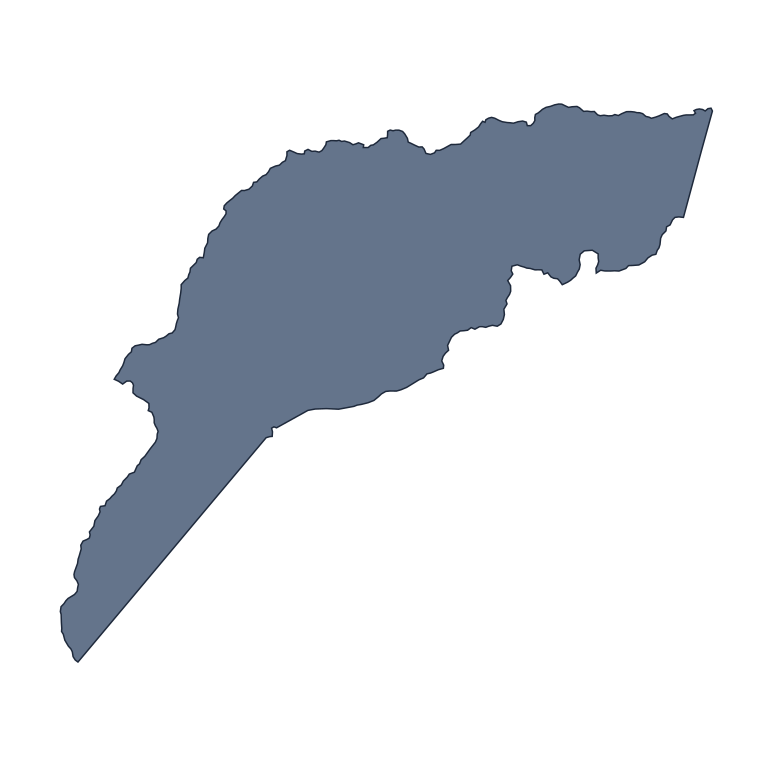 Alto Alegre do Pindaré, Maranhão, Brazil, rotated 6°
{"feature_id": "56859067B27762035382418", "entity_name": "Alto Alegre do Pindaré", "entity_type": "district", "adm_level": 2, "iso_a3": "BRA", "parent_name": "Brazil", "parent_adm1": "Maranhão", "projection": "orthographic", "projection_center": [-45.998, -3.962], "detail": "fine", "context": "isolated", "style": "filled", "palette": "slate", "viewbox_px": 768, "rotation_deg": 6, "n_neighbors": 0, "source": "geoboundaries", "source_scale": "gbopen_adm2", "svg_char_len": 5276}
<svg xmlns="http://www.w3.org/2000/svg" viewBox="0 0 768 768"><g transform="rotate(6 384 384)"><path d="M682.1,78.2L680.4,75.5L677.4,76.3L674.9,78.9L672.2,77.7L668.9,77.5L666.0,78.3L663.7,79.7L665.5,82.1L663.5,84.0L660.3,84.4L656.5,84.8L653.7,85.5L646.8,88.2L643.0,90.2L639.5,88.1L637.5,85.8L634.5,85.7L632.2,87.0L629.5,88.6L626.2,90.2L622.1,91.8L619.7,90.9L616.4,90.5L613.0,88.1L609.9,87.5L607.2,87.7L604.5,87.3L601.2,87.3L596.7,87.8L592.0,90.4L589.0,92.5L585.4,91.9L583.0,93.3L579.2,93.9L574.7,93.7L571.0,94.6L568.3,94.0L564.7,91.0L561.4,91.5L557.5,91.4L554.0,92.0L549.6,88.9L546.9,87.8L542.1,88.6L538.6,89.6L534.3,88.1L531.6,87.1L528.5,87.3L524.6,88.5L520.5,90.5L516.3,91.9L512.8,94.3L511.1,96.2L509.0,98.3L506.4,100.1L506.1,103.4L506.5,106.2L505.2,109.1L502.9,111.7L499.5,112.1L498.2,108.7L494.4,108.0L490.0,109.1L485.5,111.1L481.9,111.0L479.2,111.1L474.2,110.8L470.5,109.7L466.4,108.1L463.1,107.6L460.2,108.7L457.7,110.5L457.1,113.2L454.6,112.4L452.9,115.1L451.2,118.5L447.7,121.9L443.9,124.8L443.7,127.5L441.2,130.5L438.3,133.7L435.1,137.4L430.2,138.3L425.7,138.8L418.8,143.6L415.0,145.8L411.5,146.1L410.1,148.8L406.2,150.8L401.6,150.3L399.3,146.1L397.2,144.2L393.8,144.7L389.4,143.2L385.6,141.8L382.8,140.9L381.6,137.2L378.4,133.0L376.1,130.9L372.4,130.0L369.1,130.3L366.5,131.2L363.6,130.8L361.2,132.3L361.5,135.6L361.5,138.7L358.3,139.6L355.4,140.2L351.8,144.3L348.4,147.3L345.9,148.0L343.5,150.5L338.7,151.0L338.8,148.2L333.4,146.8L330.8,148.2L328.1,149.3L324.6,147.5L319.3,146.5L316.5,147.2L313.8,146.3L311.4,147.1L308.6,147.2L305.7,147.5L301.4,149.2L301.2,152.1L299.3,155.9L297.8,158.4L295.2,160.2L291.2,159.6L287.9,160.2L283.9,158.6L280.8,160.6L280.7,163.4L277.9,164.0L273.5,163.9L270.9,163.0L265.7,161.4L263.2,163.2L263.6,166.9L262.6,172.2L259.8,174.1L257.1,177.3L253.3,178.6L248.4,181.4L247.0,184.9L244.9,188.1L241.6,189.9L238.6,193.1L236.4,196.3L233.2,197.1L232.4,200.8L229.3,204.4L225.0,206.2L222.1,206.4L219.4,209.1L216.4,212.1L214.1,215.1L211.5,217.6L208.8,220.3L206.5,223.4L206.3,226.7L208.8,228.3L209.1,231.2L207.7,234.1L205.7,237.4L204.1,240.7L203.3,244.1L200.8,247.5L197.0,249.8L194.0,253.5L193.6,257.6L193.8,262.0L192.8,264.6L191.6,267.7L191.5,272.0L191.1,277.3L187.4,277.3L185.2,279.5L184.6,282.8L182.4,285.5L179.4,289.1L179.3,293.0L178.4,295.6L177.9,299.1L175.1,301.9L171.9,306.4L172.3,309.9L172.3,314.4L171.9,321.3L171.9,324.9L171.2,331.1L171.3,336.0L172.7,339.6L171.9,342.2L171.2,345.6L170.9,348.8L170.5,351.8L168.0,355.4L164.9,356.5L162.4,359.1L160.0,361.0L155.3,363.0L152.4,366.5L149.3,367.8L146.7,369.4L144.2,369.8L139.2,369.8L135.5,371.1L132.5,372.0L129.6,374.8L129.4,378.4L126.8,381.2L123.8,385.9L123.1,389.8L122.2,393.2L120.1,397.6L119.2,400.4L116.8,403.9L115.2,407.5L119.7,409.0L124.1,411.4L127.8,408.0L131.4,407.6L133.7,409.1L135.0,411.4L134.9,414.7L135.3,419.0L139.2,421.9L146.6,424.7L152.2,427.9L152.8,432.3L152.3,435.1L156.1,436.4L158.6,440.9L159.2,443.4L159.5,446.6L161.0,449.4L162.8,451.8L164.3,454.8L163.7,457.5L163.9,461.9L162.7,465.8L158.3,472.8L153.7,480.9L150.4,484.6L149.2,489.0L147.2,491.0L146.1,494.3L145.0,497.8L140.1,500.2L138.5,503.3L134.9,507.8L133.3,511.9L129.6,515.3L129.0,518.4L127.4,521.5L125.1,524.1L123.4,526.6L120.3,529.5L119.3,534.2L114.8,535.4L114.1,538.1L115.0,540.8L113.6,545.1L110.8,550.0L110.3,555.8L108.8,558.2L106.5,561.9L107.5,564.8L107.1,567.9L104.9,569.6L101.1,571.7L99.3,576.0L100.1,579.7L98.8,587.1L98.1,590.2L98.0,594.5L95.9,602.9L95.6,605.9L96.4,608.9L99.2,611.9L101.0,615.2L100.6,618.7L100.5,622.3L98.2,625.7L92.2,630.3L90.3,632.8L88.7,635.9L86.1,639.2L85.9,644.2L87.0,646.9L88.1,655.0L89.1,660.8L89.2,663.8L91.2,666.4L93.4,672.2L97.6,677.8L100.3,680.2L102.0,682.9L103.3,687.7L105.8,690.8L108.7,692.5L164.6,609.6L222.9,523.0L272.4,449.7L275.8,448.3L278.3,447.8L278.1,443.2L276.8,439.7L279.0,438.1L281.7,438.8L311.1,418.2L318.1,416.1L329.3,414.5L341.5,413.8L356.4,409.4L359.5,407.8L363.5,406.7L370.1,404.3L375.7,401.4L380.2,396.8L382.5,394.1L386.5,391.2L390.8,390.3L397.2,389.7L401.4,388.0L406.9,385.0L418.3,376.2L422.7,373.8L425.7,369.4L429.0,368.3L431.7,366.9L436.6,364.1L441.4,362.2L441.4,359.0L439.0,355.0L439.9,350.3L441.9,346.9L444.7,343.7L443.2,339.0L446.2,330.5L449.0,327.1L451.6,325.5L454.2,323.3L458.1,322.6L461.5,321.8L464.8,318.8L468.7,320.0L473.0,317.0L476.0,316.7L479.3,317.0L482.1,315.6L485.7,314.3L490.6,314.7L494.0,312.1L495.9,307.3L496.5,302.4L495.4,297.1L498.0,291.5L496.5,288.2L497.6,285.4L499.5,281.7L500.3,278.5L499.6,273.0L496.2,268.2L498.6,264.9L500.6,261.2L498.7,258.1L498.9,253.5L504.1,251.5L507.8,252.5L511.3,253.1L513.9,253.8L517.3,253.8L522.2,254.7L525.4,254.3L529.0,254.0L531.6,258.1L535.2,256.3L538.8,260.0L541.8,261.1L545.6,261.2L547.9,263.2L550.9,266.6L553.4,265.1L556.0,263.5L558.8,261.3L561.0,258.8L563.3,256.5L564.8,252.4L566.2,249.3L566.6,244.8L565.1,240.0L565.6,234.4L569.3,230.6L577.2,229.2L583.4,232.2L583.8,236.3L584.7,239.8L584.0,243.3L582.7,246.7L583.5,251.5L587.6,248.2L591.6,248.5L597.1,248.0L601.6,247.3L605.9,247.1L612.5,243.8L614.8,240.7L619.0,240.1L621.7,239.6L625.0,239.0L630.5,235.2L633.3,231.0L637.2,227.8L640.8,226.6L641.8,222.4L643.2,220.0L643.9,216.4L643.9,210.1L645.1,206.4L648.4,202.3L648.6,198.1L651.9,195.9L653.8,190.6L655.9,187.9L659.7,187.0L664.4,187.0L675.4,118.3L682.1,78.2Z" fill="#64748b" stroke="#1e293b" stroke-width="1.5"/></g></svg>